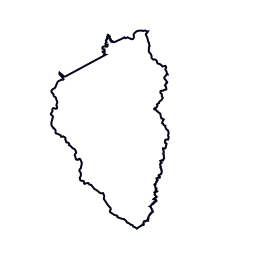 outline of Tsangano, Tete, Mozambique, rotated 148°
{"feature_id": "85939544B8789366603018", "entity_name": "Tsangano", "entity_type": "district", "adm_level": 2, "iso_a3": "MOZ", "parent_name": "Mozambique", "parent_adm1": "Tete", "projection": "albers", "projection_center": [34.263, -15.088], "detail": "fine", "context": "isolated", "style": "outline", "palette": "ink", "viewbox_px": 256, "rotation_deg": 148, "n_neighbors": 0, "source": "geoboundaries", "source_scale": "gbopen_adm2", "svg_char_len": 5785}
<svg xmlns="http://www.w3.org/2000/svg" viewBox="0 0 256 256"><g transform="rotate(148 128 128)"><path d="M75.1,140.4L74.6,141.1L74.0,142.8L74.1,144.5L73.3,145.0L72.5,145.2L72.1,145.8L70.9,145.6L70.4,146.2L70.6,147.3L70.5,148.0L70.9,150.1L70.8,151.2L69.8,152.0L68.6,152.2L67.4,152.9L66.8,152.9L66.0,152.4L65.9,154.0L65.4,155.6L65.3,158.0L64.5,158.6L63.7,158.8L63.3,159.8L63.3,160.5L63.5,161.0L64.7,161.3L66.3,162.1L66.3,163.2L66.6,164.2L66.9,164.4L67.0,165.3L68.5,166.7L68.7,168.0L68.0,169.8L68.5,171.2L69.2,172.2L70.5,172.8L70.8,174.3L70.7,175.4L69.8,176.7L69.5,179.2L69.9,181.0L69.7,182.1L67.4,185.4L67.2,185.7L66.3,185.9L65.7,187.9L65.3,188.4L65.1,189.3L65.2,190.1L64.5,191.9L63.6,195.5L63.6,197.0L63.4,197.8L62.7,198.4L61.8,198.5L59.9,199.4L60.7,199.8L61.9,201.7L63.8,202.3L65.1,203.7L68.8,205.4L69.7,205.4L72.1,205.0L73.6,204.4L74.1,203.5L74.4,202.6L75.1,201.6L76.2,200.9L76.9,200.9L77.7,201.3L78.2,201.8L80.3,205.1L82.4,205.4L82.7,205.6L83.1,206.9L84.5,206.8L94.0,208.0L95.0,209.2L95.8,209.2L96.5,210.0L96.3,210.5L95.7,210.5L96.5,211.6L96.5,212.2L95.6,212.4L95.8,214.3L94.9,215.2L94.9,215.5L94.9,215.9L95.6,216.3L95.7,216.6L95.5,217.1L95.6,217.7L95.2,218.3L95.9,217.8L96.7,216.7L97.6,216.2L97.5,214.7L98.0,214.5L98.6,214.9L99.3,214.7L99.3,214.2L99.9,213.8L100.5,213.8L100.7,213.6L100.6,212.8L100.8,211.9L101.4,211.8L102.0,211.4L102.3,211.6L102.5,211.5L102.7,211.0L102.7,210.2L101.1,209.4L102.0,208.3L102.6,208.1L102.8,208.4L103.5,208.6L104.3,209.5L106.4,210.2L107.2,209.7L107.7,208.6L106.9,207.5L106.5,207.3L106.3,207.1L106.8,206.5L106.9,205.6L107.5,205.5L109.0,206.1L109.1,205.6L108.7,205.4L108.0,203.6L108.3,203.3L109.4,203.2L109.5,202.8L108.4,202.0L153.9,204.9L154.5,205.2L155.1,206.0L156.7,211.3L157.3,210.7L157.6,209.9L156.7,204.4L156.9,203.4L157.7,203.4L158.7,204.2L162.6,204.6L164.1,203.9L168.2,200.9L168.7,200.7L171.3,200.8L172.5,200.5L173.3,200.0L173.8,198.8L173.3,196.3L173.9,195.1L174.0,194.5L173.8,193.6L173.3,192.7L173.1,192.0L173.6,190.6L174.1,187.7L174.4,187.2L176.6,185.4L176.8,184.9L177.0,183.4L177.7,182.4L178.2,182.3L179.0,182.4L180.5,184.3L180.8,184.4L181.5,184.4L182.4,183.8L183.3,182.1L186.0,180.9L186.2,180.1L185.5,178.2L185.6,177.6L185.9,177.1L189.6,173.7L191.0,171.9L191.4,170.8L191.4,167.1L190.9,166.9L190.6,164.9L190.8,164.2L192.0,162.3L191.9,161.5L190.8,160.4L190.3,159.4L189.3,158.2L189.0,157.5L189.3,155.9L187.4,155.2L186.4,153.3L186.4,152.5L187.3,151.5L187.3,150.5L187.7,149.6L187.9,148.9L187.6,148.2L187.0,147.8L186.4,147.0L186.3,145.5L187.1,144.7L186.7,144.2L186.1,142.5L185.7,140.3L184.5,138.3L184.4,137.6L184.6,135.4L184.9,134.6L186.8,133.9L187.7,133.1L187.7,131.9L188.7,129.4L188.3,128.2L187.9,127.9L186.9,127.5L186.4,127.9L185.6,127.7L185.1,127.1L185.0,126.5L185.3,125.5L185.5,123.2L187.1,121.1L188.1,120.2L189.3,118.9L190.7,118.6L192.0,117.5L192.0,116.6L191.8,116.1L191.9,115.0L192.4,113.8L193.1,112.8L194.0,112.0L195.3,111.4L196.1,109.1L195.8,108.3L193.8,106.6L193.8,106.1L194.3,105.1L194.5,103.7L193.4,103.5L190.8,102.4L190.7,100.6L190.2,99.9L189.4,99.3L188.8,94.2L187.6,92.0L186.2,88.0L186.0,87.5L184.8,86.5L183.6,85.9L184.2,82.9L186.1,80.7L185.9,73.3L185.2,69.3L185.9,68.0L186.6,67.7L187.5,67.0L187.7,66.0L185.8,61.8L185.0,60.8L183.8,59.6L183.7,58.8L184.2,58.3L184.0,57.7L181.0,53.9L179.6,52.7L178.7,49.7L179.0,48.8L178.9,48.3L178.0,47.2L177.5,46.4L177.0,44.6L175.8,43.6L175.6,42.9L175.8,41.6L174.9,40.5L173.9,38.5L173.8,38.0L169.3,38.3L168.2,38.0L167.3,38.5L166.5,37.7L166.3,38.1L165.9,38.0L165.8,38.4L165.4,38.4L165.3,39.1L165.0,39.4L164.9,39.7L163.9,40.4L163.3,40.2L163.0,39.7L162.7,39.9L162.3,39.6L161.8,39.8L161.2,39.6L160.2,38.8L160.1,39.1L159.6,39.3L159.8,40.0L159.2,40.2L159.0,40.7L158.3,40.7L158.2,41.3L157.7,41.8L156.9,42.3L156.2,42.4L156.1,42.8L155.4,43.2L154.8,43.0L154.3,43.2L154.2,43.5L153.6,43.4L153.2,43.8L152.4,43.5L152.0,43.6L151.8,43.9L151.2,43.8L150.9,45.0L151.3,45.6L150.7,46.8L150.8,47.5L150.7,48.9L150.5,49.1L150.9,49.8L150.5,49.7L149.4,50.2L149.0,50.1L148.5,50.6L147.8,50.7L147.3,50.5L147.3,50.9L147.0,51.1L146.4,51.0L146.2,50.7L145.7,51.2L145.4,50.7L144.9,50.9L143.9,51.0L143.5,51.3L142.8,50.9L142.5,51.0L142.3,51.7L142.9,52.6L143.3,52.7L143.3,53.3L144.1,54.2L143.8,54.3L143.5,54.1L142.4,54.4L141.8,53.9L141.0,54.5L140.2,54.4L140.4,56.0L140.8,57.4L139.9,57.8L139.8,59.4L139.3,59.5L137.2,58.7L136.8,58.8L137.1,59.2L136.9,60.2L137.4,60.8L136.6,61.6L136.2,61.4L135.8,61.6L136.4,62.8L135.8,64.0L135.6,66.1L135.3,66.2L134.9,65.6L134.4,65.6L133.8,66.4L132.6,67.4L132.2,67.2L131.8,67.2L131.3,68.2L130.4,68.1L130.3,68.3L130.8,69.7L130.5,70.2L128.5,69.9L127.7,69.1L127.2,69.1L126.9,69.4L127.4,70.5L127.1,71.7L126.5,71.7L125.0,71.3L124.7,71.3L124.5,71.8L123.4,71.9L122.9,72.8L122.3,73.2L122.0,74.0L122.1,74.8L121.7,75.0L121.4,76.0L121.6,77.2L120.7,77.6L120.8,78.2L120.1,80.1L119.7,80.5L118.2,80.5L117.8,80.7L117.8,81.6L118.2,82.5L118.1,82.9L117.6,82.7L116.9,82.9L116.6,82.5L115.9,82.6L115.4,82.0L114.5,82.5L114.0,83.0L113.4,83.2L113.2,84.0L111.9,86.2L112.0,86.9L111.4,87.3L111.5,87.8L111.2,88.0L110.5,88.5L110.2,89.0L110.0,90.1L109.4,90.7L109.4,90.9L109.6,91.3L109.4,92.0L109.1,92.2L109.0,91.9L107.0,91.0L103.6,94.2L103.6,94.4L104.3,95.4L104.4,95.9L104.2,96.3L103.9,96.5L103.5,97.5L102.4,98.2L101.6,97.6L100.6,97.5L100.1,97.0L98.3,98.7L98.2,99.9L97.7,100.8L97.1,101.4L96.5,101.7L95.9,102.9L95.7,103.9L95.3,104.5L96.1,106.5L95.9,108.9L95.2,110.1L96.2,111.8L96.0,112.9L96.5,114.0L95.2,115.3L93.1,116.3L93.8,117.6L94.6,118.4L94.1,120.4L93.1,122.9L93.1,123.4L94.1,125.5L94.0,126.2L94.6,127.1L94.6,128.7L95.1,129.3L95.8,129.6L95.7,130.4L94.8,130.7L93.5,130.3L92.2,130.6L91.1,131.6L91.0,132.6L90.7,132.8L88.6,132.7L88.1,133.5L86.0,133.9L85.0,133.9L82.5,135.1L82.5,137.0L81.9,137.8L81.4,139.1L81.9,140.7L80.9,142.0L80.3,142.1L78.6,141.1L76.9,141.1L75.8,140.5L75.1,140.4Z" fill="none" stroke="#020617" stroke-width="2"/></g></svg>